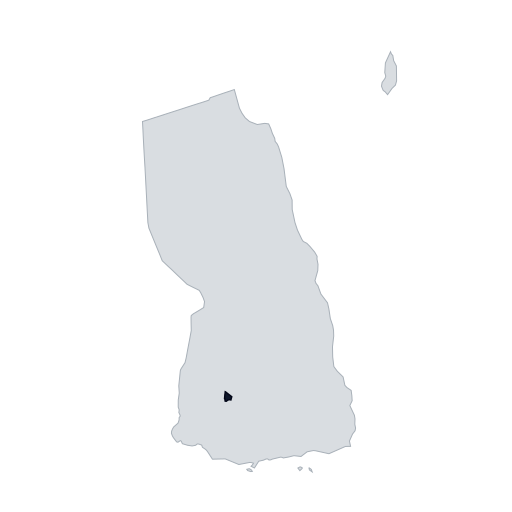 location of Al Maslub, Al Jawf, Yemen, rotated 275°
{"feature_id": "15242507B10963365532335", "entity_name": "Al Maslub", "entity_type": "district", "adm_level": 2, "iso_a3": "YEM", "parent_name": "Yemen", "parent_adm1": "Al Jawf", "projection": "mercator", "projection_center": [44.561, 16.096], "detail": "fine", "context": "in_parent", "style": "filled", "palette": "ink", "viewbox_px": 512, "rotation_deg": 275, "n_neighbors": 0, "source": "geoboundaries", "source_scale": "gbopen_adm2", "svg_char_len": 3344}
<svg xmlns="http://www.w3.org/2000/svg" viewBox="0 0 512 512"><g transform="rotate(275 256 256)"><path d="M419.9,219.9L401.8,226.6L397.0,229.6L392.7,233.2L389.4,237.8L387.1,245.8L388.9,253.2L388.7,257.1L384.0,259.7L379.6,261.6L374.8,264.4L371.8,265.1L369.4,267.4L366.6,269.0L356.5,273.1L345.4,276.3L327.9,280.1L321.1,284.3L314.9,287.1L305.5,288.0L292.7,291.9L285.5,295.0L276.6,300.2L274.6,301.8L273.1,305.5L270.3,308.8L265.0,314.1L261.0,316.9L258.3,317.0L253.1,318.5L246.9,318.8L236.6,316.9L233.9,318.2L231.7,320.3L223.7,324.0L215.6,331.3L209.7,333.2L200.1,335.5L193.3,338.5L188.8,339.7L183.0,340.4L172.3,340.1L162.1,341.2L152.6,343.2L148.2,347.1L143.1,353.3L134.9,355.8L132.9,358.0L130.4,362.5L125.0,363.7L120.2,364.4L115.2,362.5L105.9,367.9L102.4,368.8L97.0,369.1L93.2,370.2L90.5,369.9L87.1,367.7L79.8,365.2L74.6,366.8L74.1,361.7L65.4,345.9L67.2,332.1L67.2,330.1L65.4,324.0L60.2,318.3L60.4,311.2L58.6,306.0L57.2,300.8L57.7,299.4L57.8,298.1L55.1,290.0L54.2,288.4L53.9,286.7L54.8,285.4L54.7,283.8L53.3,281.3L51.8,276.6L44.7,272.9L46.1,269.4L47.5,270.6L49.4,271.6L49.8,269.4L49.8,267.7L46.8,257.1L51.2,243.0L49.8,230.3L56.5,225.1L58.2,223.6L59.2,222.2L60.8,219.3L62.9,218.4L63.7,215.3L63.6,213.8L62.2,212.4L61.2,208.9L61.5,204.3L61.9,202.4L62.6,199.0L65.0,197.7L65.5,196.7L63.7,194.5L63.9,193.1L67.9,189.5L69.5,188.4L72.0,187.2L74.1,187.2L76.4,187.9L78.5,188.9L80.5,190.8L82.7,192.9L86.0,193.7L88.2,193.5L90.0,194.5L91.5,193.9L93.3,192.8L96.1,192.9L98.6,191.7L105.8,191.1L112.7,191.5L119.9,190.4L127.1,190.5L134.3,190.6L135.9,190.7L137.5,191.4L143.6,194.6L148.2,195.3L157.6,196.2L167.5,197.2L176.1,198.0L183.4,197.2L189.5,196.6L191.1,196.7L193.0,198.7L196.6,203.7L200.1,208.4L206.1,208.7L210.0,206.9L214.2,204.4L216.8,202.5L219.8,194.8L221.8,189.8L226.3,184.2L230.0,179.5L235.0,173.3L237.7,169.8L243.1,163.0L248.3,160.4L258.3,155.2L268.0,150.2L274.4,146.9L279.8,145.4L288.9,144.1L299.6,142.6L310.3,141.1L321.7,139.5L334.4,137.7L343.1,136.4L354.2,134.8L363.4,133.5L371.6,132.4L380.1,131.2L381.6,135.0L383.2,138.8L384.8,142.5L386.4,146.3L388.0,150.1L389.6,153.9L391.2,157.7L392.8,161.5L394.4,165.3L396.0,169.1L397.6,172.8L399.2,176.6L400.8,180.4L402.4,184.2L403.9,187.9L405.5,191.7L407.1,195.4L409.7,196.6L411.2,200.1L413.4,205.0L415.6,210.0L417.7,214.9L419.9,219.9ZM444.3,369.1L446.5,369.6L449.9,368.3L459.6,368.1L471.2,372.2L469.0,373.3L467.7,374.8L462.6,376.1L457.5,379.3L442.7,380.8L438.4,380.0L434.8,376.9L428.2,373.0L430.8,370.4L431.4,369.3L432.3,368.1L436.1,366.2L439.8,366.5L444.3,369.1ZM49.4,319.8L48.9,320.6L48.2,320.4L46.0,318.4L48.4,316.2L49.8,318.3L49.4,319.8ZM42.3,270.2L41.1,271.1L40.8,269.6L41.5,266.4L42.7,265.4L43.5,267.8L43.0,269.2L42.3,270.2ZM48.2,329.7L45.8,330.8L47.5,327.9L49.1,327.3L49.6,327.4L48.2,329.7Z" fill="#d9dde1" stroke="#a8b0b8" stroke-width="1"/><path d="M110.4,243.5L112.0,243.8L113.7,244.1L114.1,243.4L114.3,243.2L115.8,240.8L116.0,240.5L116.5,239.8L116.5,239.7L116.8,239.3L116.9,239.1L117.1,238.9L117.3,238.5L118.0,237.5L118.1,237.2L116.8,237.2L116.3,237.2L115.6,237.1L115.4,237.1L115.2,237.1L114.9,237.1L114.6,237.1L114.4,237.1L114.2,237.1L113.5,237.1L112.8,237.1L111.1,237.1L110.9,237.2L110.8,237.5L110.7,237.7L110.4,237.6L109.9,237.8L109.7,237.8L109.1,237.8L108.8,237.9L108.7,238.9L108.7,239.0L110.0,240.5L110.2,240.9L110.6,242.1L110.4,243.5Z" fill="#0f172a" stroke="#020617" stroke-width="1.5"/></g></svg>